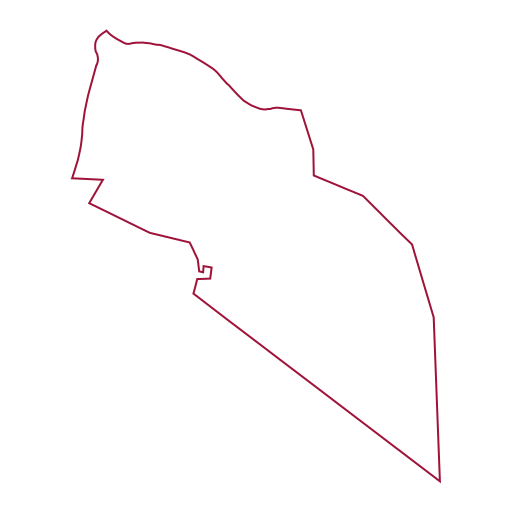 outline of Al Hazm, Al Jawf, Yemen
{"feature_id": "15242507B39444871450258", "entity_name": "Al Hazm", "entity_type": "district", "adm_level": 2, "iso_a3": "YEM", "parent_name": "Yemen", "parent_adm1": "Al Jawf", "projection": "robinson", "projection_center": [44.848, 16.077], "detail": "fine", "context": "isolated", "style": "outline", "palette": "rose", "viewbox_px": 512, "rotation_deg": 0, "n_neighbors": 0, "source": "geoboundaries", "source_scale": "gbopen_adm2", "svg_char_len": 2241}
<svg xmlns="http://www.w3.org/2000/svg" viewBox="0 0 512 512"><path d="M106.5,30.7L105.4,31.5L101.9,33.8L98.5,36.8L96.6,39.6L95.6,41.9L95.5,42.5L95.2,44.4L95.2,48.1L95.6,51.1L97.3,54.6L97.9,57.8L97.9,60.6L97.3,63.4L96.3,65.7L96.2,65.7L96.2,65.8L93.0,77.4L90.3,87.1L88.0,95.7L86.7,101.8L86.4,103.1L84.7,111.4L83.7,118.8L82.8,124.2L82.4,128.3L82.2,134.1L81.4,142.0L80.6,147.3L79.3,153.6L77.9,159.8L75.2,168.6L72.2,178.1L72.1,178.3L80.9,178.7L102.9,179.8L100.1,184.5L89.2,203.2L111.8,214.2L119.7,218.1L120.6,218.5L126.0,221.2L126.8,221.6L127.1,221.7L129.0,222.7L131.5,223.9L135.5,225.8L138.0,227.1L148.3,232.1L150.0,232.9L153.8,233.8L154.2,233.9L165.0,236.5L172.5,238.3L174.4,238.8L179.2,239.9L179.9,240.1L182.3,240.7L183.1,240.9L188.7,242.2L189.7,242.5L193.0,249.3L194.1,251.7L194.2,252.0L197.0,257.9L197.7,259.3L198.4,264.7L198.5,265.6L199.2,271.4L199.4,271.4L201.8,272.0L203.1,272.3L203.6,266.1L211.6,267.5L210.8,274.0L210.2,278.6L200.1,279.0L197.4,279.0L197.2,279.1L197.1,279.6L194.1,291.3L193.4,293.6L198.4,297.4L205.4,302.8L214.4,309.7L228.6,320.6L255.1,340.7L281.9,361.1L286.9,364.9L323.1,392.4L339.6,405.0L429.1,473.1L439.9,481.3L433.7,317.4L425.1,288.5L423.5,283.2L419.1,268.3L414.0,251.2L413.9,250.6L412.3,245.4L412.0,244.4L400.7,233.5L384.1,217.0L380.0,212.8L376.5,209.4L363.0,195.9L344.3,188.2L333.6,183.7L313.8,175.5L313.3,149.5L310.9,141.9L300.9,110.3L286.7,108.8L283.4,108.3L281.0,108.1L278.8,107.8L277.1,107.7L276.1,107.7L274.8,107.9L273.7,108.0L272.0,108.4L270.8,108.8L269.5,109.0L268.0,109.0L265.2,109.5L262.7,109.3L259.7,108.7L256.0,107.3L251.4,105.4L248.5,103.7L245.8,102.0L243.6,100.6L240.4,97.5L236.8,93.9L232.6,89.4L229.0,85.4L226.6,83.3L224.2,80.6L222.0,78.2L220.5,76.3L218.8,74.3L217.0,72.3L215.2,70.6L212.7,68.5L210.0,66.8L207.3,65.0L203.4,62.5L203.2,62.4L199.9,60.4L196.9,58.7L194.5,57.1L192.3,55.8L189.8,54.4L187.2,53.4L184.1,52.2L179.9,50.9L175.2,49.5L171.5,48.4L168.6,47.4L166.1,46.7L164.0,46.1L161.6,45.3L159.2,44.8L157.2,44.8L154.3,44.3L150.4,43.4L147.6,43.1L145.4,42.9L142.9,42.6L140.6,42.6L138.2,42.7L135.8,42.7L133.7,43.0L131.9,43.2L130.2,43.7L128.8,43.9L126.9,43.9L124.2,43.0L120.4,40.9L116.7,38.9L113.3,36.7L110.9,35.0L108.5,32.9L106.7,30.9L106.5,30.7Z" fill="none" stroke="#9f1239" stroke-width="2"/></svg>